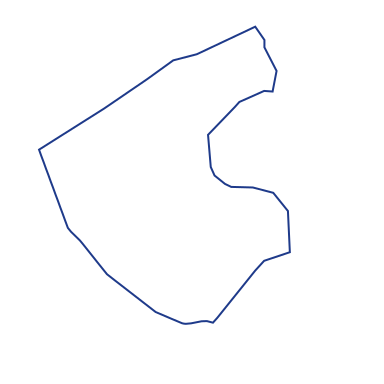 SVG path tracing the border of Bakool, rotated 246°
{"feature_id": "SOM-2312", "entity_name": "Bakool", "entity_type": "Region", "adm_level": 1, "iso_a3": "SOM", "parent_name": "Somalia", "parent_adm1": "", "projection": "robinson", "projection_center": [43.857, 4.102], "detail": "fine", "context": "isolated", "style": "outline", "palette": "blue", "viewbox_px": 384, "rotation_deg": 246, "n_neighbors": 0, "source": "natural_earth", "source_scale": "10m", "svg_char_len": 803}
<svg xmlns="http://www.w3.org/2000/svg" viewBox="0 0 384 384"><g transform="rotate(246 192 192)"><path d="M209.7,64.0L217.7,64.5L224.6,65.0L231.4,65.4L238.3,65.9L245.2,66.3L252.1,66.8L258.9,67.2L265.8,67.7L272.7,68.1L279.5,68.6L286.4,69.0L292.9,69.5L304.0,145.7L313.3,196.8L319.9,228.4L315.9,252.4L317.3,317.0L301.4,320.0L294.7,317.0L268.2,318.5L251.0,306.5L255.0,299.0L255.0,271.9L252.3,265.9L237.7,229.9L207.2,219.3L197.9,219.3L186.0,225.4L180.7,229.9L171.4,249.4L158.2,265.9L135.6,271.9L97.2,256.9L99.8,229.9L94.5,217.8L66.7,163.8L64.1,158.0L68.0,153.1L70.0,148.2L72.4,137.7L74.1,132.7L75.0,131.1L76.1,129.6L86.0,120.3L97.1,110.0L112.2,101.9L127.3,93.8L142.2,85.8L151.4,80.9L166.2,77.0L176.3,74.4L189.4,71.0L193.3,69.9L204.9,65.3L209.7,64.0Z" fill="none" stroke="#1e3a8a" stroke-width="2"/></g></svg>